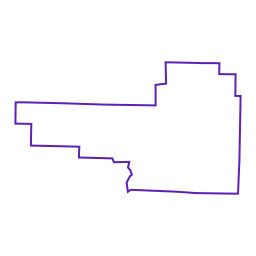 Hot Spring, Arkansas, United States of America (Albers equal-area conic projection)
{"feature_id": "52423323B56069196588266", "entity_name": "Hot Spring", "entity_type": "district", "adm_level": 2, "iso_a3": "USA", "parent_name": "United States of America", "parent_adm1": "Arkansas", "projection": "albers", "projection_center": [-93.028, 34.328], "detail": "fine", "context": "isolated", "style": "outline", "palette": "violet", "viewbox_px": 256, "rotation_deg": 0, "n_neighbors": 0, "source": "geoboundaries", "source_scale": "gbopen_adm2", "svg_char_len": 572}
<svg xmlns="http://www.w3.org/2000/svg" viewBox="0 0 256 256"><path d="M15.7,102.4L15.4,123.6L31.3,123.9L30.9,145.5L32.7,145.6L63.2,146.3L79.3,146.7L78.9,157.5L112.3,158.4L114.0,162.2L129.3,161.9L128.0,167.4L130.3,170.3L131.9,174.6L129.8,176.5L126.6,182.6L127.9,191.8L130.6,189.8L174.5,191.6L196.6,193.1L238.0,193.7L239.4,160.6L240.6,96.0L235.3,95.9L235.6,74.3L219.2,74.1L219.4,63.2L208.0,63.1L202.7,63.1L176.3,62.5L165.6,62.3L166.1,83.6L155.6,84.9L155.6,105.4L104.6,104.6L69.8,103.5L64.4,103.3L21.7,102.3L15.7,102.4Z" fill="none" stroke="#5b21b6" stroke-width="2"/></svg>